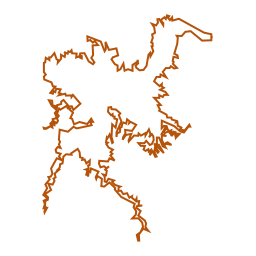 Waduk Cirata, Jawa Barat, Indonesia (Natural Earth projection)
{"feature_id": "22746128B76055711701199", "entity_name": "Waduk Cirata", "entity_type": "district", "adm_level": 2, "iso_a3": "IDN", "parent_name": "Indonesia", "parent_adm1": "Jawa Barat", "projection": "natural_earth1", "projection_center": [107.303, -6.755], "detail": "fine", "context": "isolated", "style": "outline", "palette": "amber", "viewbox_px": 256, "rotation_deg": 0, "n_neighbors": 0, "source": "geoboundaries", "source_scale": "gbopen_adm2", "svg_char_len": 5773}
<svg xmlns="http://www.w3.org/2000/svg" viewBox="0 0 256 256"><path d="M212.7,37.5L211.4,37.1L211.3,34.2L204.1,32.7L178.9,18.8L172.3,20.6L172.1,17.4L169.9,20.1L168.1,17.9L169.2,16.1L167.0,15.4L165.8,19.0L164.4,17.3L161.7,19.3L161.3,21.4L163.3,23.0L163.2,25.2L159.2,19.0L157.4,19.3L158.0,22.5L156.1,25.4L152.0,23.9L154.2,27.3L155.0,32.8L152.1,34.5L152.8,37.8L151.2,42.5L152.6,43.1L152.7,46.1L151.6,46.3L153.3,51.3L150.5,56.3L150.2,52.8L148.5,54.7L146.5,65.9L143.5,69.9L139.6,70.3L136.3,67.7L135.5,65.7L138.1,63.4L137.7,59.9L137.2,61.8L132.5,65.0L132.5,70.8L128.0,69.2L124.6,70.7L123.4,63.6L120.4,69.2L117.6,70.7L117.6,65.5L114.8,64.1L111.5,59.4L112.9,57.3L118.1,55.4L116.4,48.4L109.0,49.9L105.5,41.9L105.8,49.2L104.6,51.2L100.8,41.6L87.4,36.4L87.6,40.9L90.2,40.0L92.9,42.6L94.7,40.9L98.0,45.1L92.6,45.4L93.1,55.0L91.3,57.9L94.4,62.4L93.0,64.2L88.7,61.4L84.5,53.2L80.3,53.4L79.7,55.5L81.8,56.1L81.7,58.4L78.3,56.6L76.2,57.5L76.6,53.6L72.1,53.3L71.5,50.3L70.0,52.1L68.3,51.3L67.7,53.7L64.2,52.0L65.4,53.1L64.7,56.9L61.0,54.8L61.1,58.7L57.8,62.7L58.1,60.0L56.6,59.3L54.4,53.1L50.9,57.4L49.2,57.4L49.4,60.0L45.8,57.8L45.2,62.4L43.9,62.8L43.9,72.1L45.8,74.6L43.9,76.6L44.3,79.5L51.5,82.4L52.9,86.3L55.3,86.6L50.3,92.9L52.9,93.7L53.9,91.2L55.3,92.0L56.2,88.7L60.6,89.4L58.7,92.8L60.5,93.5L58.9,95.2L65.3,93.7L65.9,95.6L71.3,95.4L71.5,97.0L72.9,94.9L80.4,103.7L73.4,109.9L71.8,106.3L69.0,106.5L63.5,100.0L61.2,101.6L61.2,104.0L57.1,105.2L56.9,108.8L55.7,106.2L52.5,105.3L52.1,100.7L48.9,100.3L51.8,105.8L57.0,110.3L54.8,113.1L56.4,116.4L55.8,118.4L52.7,119.1L54.1,123.9L52.0,121.8L50.3,123.7L51.3,125.7L45.7,128.4L43.7,127.8L44.0,128.8L46.2,128.8L50.5,126.3L52.4,127.5L52.0,123.6L54.5,125.1L55.0,122.0L56.6,123.1L58.0,120.9L57.0,118.4L58.8,115.8L57.0,113.8L59.1,108.5L60.4,109.6L66.8,105.8L67.7,108.3L70.2,108.7L69.7,109.6L73.0,112.6L70.4,118.1L72.1,118.8L74.1,124.3L79.5,122.0L87.3,124.0L91.2,118.7L93.0,121.9L90.3,121.9L91.6,125.2L76.7,128.4L73.5,126.8L67.9,131.7L59.7,129.7L58.9,139.6L60.0,141.8L58.9,144.5L60.5,147.9L57.7,147.0L55.6,149.7L56.4,152.6L60.6,153.7L59.0,156.3L61.5,160.0L56.8,158.3L51.1,168.5L52.4,173.8L50.7,176.6L48.4,177.0L49.7,179.4L45.4,184.4L47.2,188.2L43.3,194.9L46.7,197.7L46.7,199.2L43.7,200.7L44.9,204.1L43.6,208.3L46.5,208.0L45.0,209.9L44.4,211.3L44.6,212.4L47.0,207.9L44.9,206.6L45.3,201.0L47.8,199.8L48.0,197.3L44.8,194.3L51.1,190.0L48.3,183.6L52.6,184.6L54.5,180.9L53.5,178.7L55.6,177.4L54.7,173.5L58.8,169.9L57.6,169.8L59.7,167.6L60.1,164.2L62.5,163.4L63.4,156.6L66.1,154.3L71.6,154.7L71.2,153.3L77.7,148.9L79.6,152.2L80.1,157.3L82.6,158.0L82.1,159.9L84.6,159.4L86.4,163.4L89.8,160.4L89.6,165.0L88.1,165.5L88.7,168.5L85.7,169.5L87.5,170.1L86.0,175.6L87.5,172.4L88.1,176.6L88.9,170.8L90.3,172.0L91.0,168.5L98.5,171.6L95.7,177.1L96.3,178.9L97.4,176.0L101.9,178.8L101.3,186.1L104.2,186.6L109.4,182.5L115.2,188.0L114.8,189.5L121.3,197.0L134.7,203.8L133.6,207.2L136.2,211.3L135.8,214.7L132.2,218.5L138.4,218.3L142.2,222.6L143.0,226.8L140.5,232.2L136.8,234.9L138.1,240.6L139.2,240.6L138.9,234.4L143.2,228.7L148.4,230.9L145.4,227.0L146.1,223.5L144.9,220.6L138.3,215.5L140.6,211.0L136.3,207.8L136.8,206.2L142.3,205.5L138.5,205.5L139.1,201.1L136.7,201.5L136.5,198.6L135.5,200.7L131.7,197.5L132.0,196.2L129.4,197.7L127.0,193.2L123.3,194.1L121.0,190.7L118.3,190.9L118.7,187.3L120.2,186.6L115.0,184.9L112.1,182.0L114.0,180.5L108.5,178.8L106.4,182.1L104.7,181.4L104.7,176.6L103.1,174.5L106.0,175.3L106.8,170.8L105.2,169.6L109.0,166.4L106.6,168.2L104.0,166.3L100.5,167.3L99.0,163.7L99.3,160.8L107.9,161.5L109.5,158.4L114.7,160.6L110.4,155.4L112.4,153.8L110.5,152.1L112.9,149.7L108.6,147.5L106.4,144.2L107.8,142.7L106.0,142.4L106.8,137.4L107.5,138.3L109.6,134.5L112.2,143.0L113.0,142.4L111.5,136.8L112.2,124.3L115.6,127.7L117.2,119.3L114.3,118.5L114.7,116.6L112.8,116.3L112.6,114.1L111.0,115.2L108.0,111.7L108.5,107.5L111.2,107.1L111.6,109.2L115.9,109.5L120.3,113.4L118.8,115.1L121.4,121.4L116.5,132.3L116.5,137.0L116.9,133.6L120.0,131.9L120.2,127.7L121.6,127.1L122.3,123.8L123.4,122.5L126.2,123.6L127.1,119.3L129.6,121.4L129.2,123.1L130.6,121.9L136.2,124.8L132.0,130.9L125.1,129.9L125.4,133.4L123.2,137.0L122.6,139.7L125.9,135.0L131.3,133.9L128.6,140.3L128.8,141.5L134.1,135.5L138.2,135.8L138.6,133.4L140.9,135.6L145.4,133.1L145.5,135.5L148.9,129.4L150.5,134.3L149.1,137.3L151.8,134.1L153.3,136.3L153.7,140.1L151.9,144.0L149.9,145.0L146.2,140.8L144.4,143.2L138.4,143.1L140.6,145.8L144.9,146.0L143.6,149.5L145.6,150.9L148.3,149.2L148.7,151.6L150.8,149.9L149.8,155.2L152.5,151.1L155.3,156.8L156.6,156.5L154.4,151.7L154.8,148.7L157.8,152.7L158.7,151.7L155.9,147.8L154.3,143.4L163.8,153.1L158.8,144.7L156.9,144.8L156.9,137.6L159.1,137.6L162.7,146.3L165.6,147.6L164.3,145.4L166.1,143.8L171.5,144.9L167.5,142.3L163.8,144.2L161.9,140.0L161.8,135.5L166.4,136.0L161.6,134.1L165.1,127.9L165.8,129.4L163.6,131.5L164.6,133.1L168.4,131.4L172.0,135.5L174.7,132.7L175.8,137.8L179.6,134.0L178.0,133.6L176.1,137.0L175.8,132.4L173.5,131.7L171.3,133.9L171.4,130.2L169.5,131.1L167.8,129.7L166.6,126.1L163.9,125.9L161.7,128.2L161.8,120.7L174.4,126.2L180.2,131.4L183.9,132.5L188.4,126.6L190.2,126.6L189.3,124.7L184.6,130.6L180.2,129.2L181.3,127.5L177.8,125.8L177.4,122.0L176.0,122.3L176.7,121.0L171.8,119.5L171.3,117.6L167.2,117.5L166.5,114.6L159.1,110.7L159.9,109.4L157.7,105.2L160.7,105.0L154.1,97.8L159.3,97.9L159.2,95.1L162.8,97.0L164.0,94.9L167.7,94.9L165.4,91.9L160.1,89.8L163.8,87.8L161.7,86.5L161.8,84.0L159.6,86.1L154.1,81.3L156.5,76.9L160.2,77.0L160.6,74.5L166.2,77.3L162.8,71.9L165.8,68.1L169.6,68.0L170.9,66.2L174.2,68.5L177.0,67.9L172.9,63.8L173.7,62.0L172.7,61.0L173.5,56.8L177.9,57.9L177.5,55.4L174.3,53.7L177.2,44.0L177.8,37.7L176.7,35.8L181.7,36.0L185.4,31.8L190.7,31.2L202.1,40.6L211.3,40.3L211.4,37.1L212.7,37.5Z" fill="none" stroke="#b45309" stroke-width="2"/></svg>